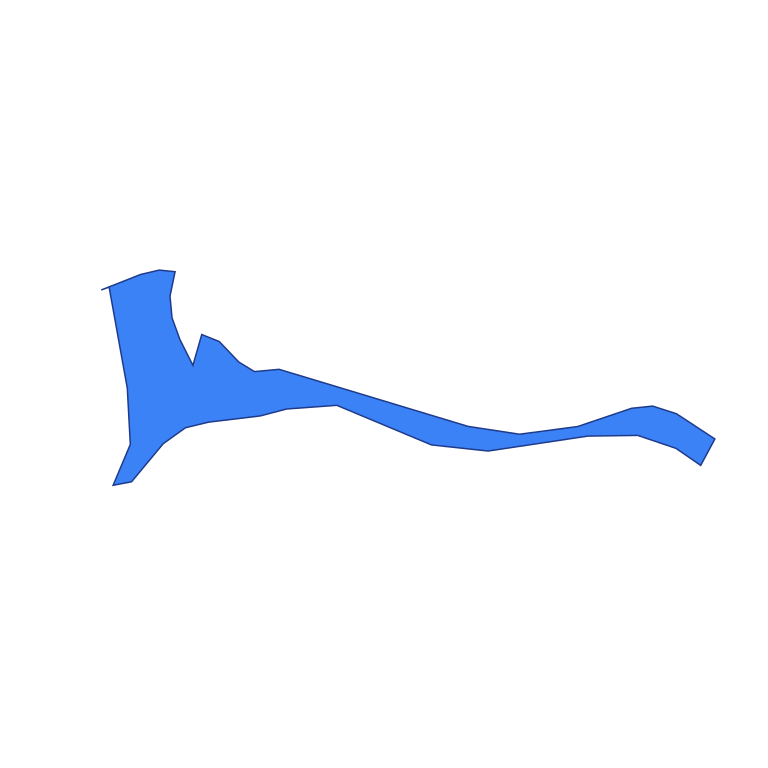 the District of North Eleuthera, rotated 339°
{"feature_id": "BHS-5027", "entity_name": "North Eleuthera", "entity_type": "District", "adm_level": 1, "iso_a3": "BHS", "parent_name": "The Bahamas", "parent_adm1": "", "projection": "albers", "projection_center": [-76.584, 25.425], "detail": "fine", "context": "isolated", "style": "filled", "palette": "blue", "viewbox_px": 768, "rotation_deg": 339, "n_neighbors": 0, "source": "natural_earth", "source_scale": "10m", "svg_char_len": 626}
<svg xmlns="http://www.w3.org/2000/svg" viewBox="0 0 768 768"><g transform="rotate(339 384 384)"><path d="M650.5,573.5L633.5,548.7L602.4,522.9L555.7,505.7L457.2,483.9L406.5,457.9L332.3,387.0L284.0,372.4L257.2,369.5L206.4,356.7L182.9,353.7L156.5,360.6L113.3,384.8L94.8,381.5L125.5,349.5L142.8,296.1L162.1,195.0L153.7,194.9L195.9,194.5L215.0,197.1L229.2,204.3L215.7,225.3L209.8,246.3L209.4,269.5L212.3,298.1L231.6,272.5L245.4,285.3L256.4,311.6L267.5,326.0L291.3,332.7L447.3,453.7L492.4,479.4L549.5,493.1L606.4,495.4L626.9,500.9L646.4,516.6L673.2,553.9L650.5,573.5Z" fill="#3b82f6" stroke="#1e3a8a" stroke-width="1.5"/></g></svg>